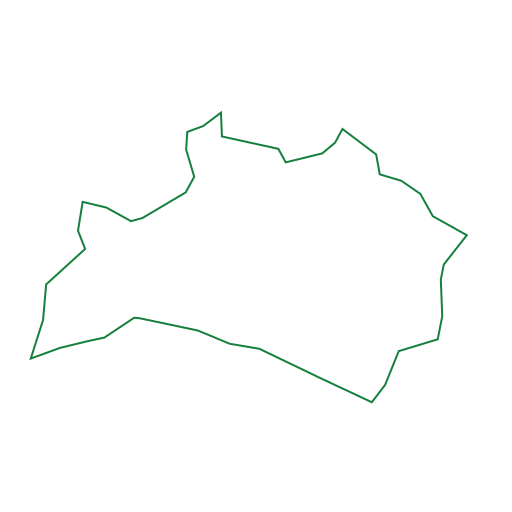 the district of Gazaoua, Maradi, Niger, rotated 10°
{"feature_id": "23599985B75774451533542", "entity_name": "Gazaoua", "entity_type": "district", "adm_level": 2, "iso_a3": "NER", "parent_name": "Niger", "parent_adm1": "Maradi", "projection": "mercator", "projection_center": [7.924, 13.438], "detail": "fine", "context": "isolated", "style": "outline", "palette": "green", "viewbox_px": 512, "rotation_deg": 10, "n_neighbors": 0, "source": "geoboundaries", "source_scale": "gbopen_adm2", "svg_char_len": 697}
<svg xmlns="http://www.w3.org/2000/svg" viewBox="0 0 512 512"><g transform="rotate(10 256 256)"><path d="M52.0,396.1L79.0,380.5L106.0,368.7L120.8,362.7L146.7,338.0L152.4,337.5L211.7,339.5L245.4,347.0L275.5,346.8L338.8,364.6L395.4,379.9L398.7,373.7L405.5,360.6L413.1,324.9L449.4,306.5L449.9,283.0L442.1,247.2L442.4,231.8L460.0,198.9L423.2,186.1L407.1,166.3L386.1,156.7L363.7,154.1L356.7,135.1L319.1,115.9L314.2,130.6L303.5,143.4L269.0,158.6L259.4,146.6L201.7,144.2L196.6,120.9L181.4,137.2L166.8,145.7L168.7,163.3L181.4,188.7L175.7,205.6L137.7,238.2L126.9,243.4L100.3,234.3L75.9,232.8L76.3,262.0L86.5,278.7L54.3,320.4L57.4,356.1L52.0,396.1Z" fill="none" stroke="#15803d" stroke-width="2"/></g></svg>